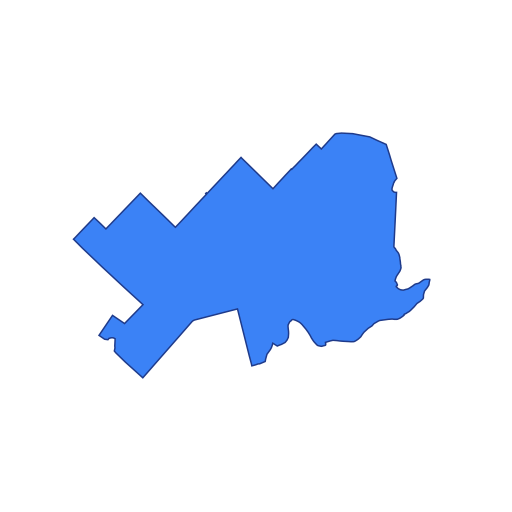 Ulmu, Calarasi, Romania (orthographic projection), rotated 211°
{"feature_id": "2599482B65281916384420", "entity_name": "Ulmu", "entity_type": "district", "adm_level": 2, "iso_a3": "ROU", "parent_name": "Romania", "parent_adm1": "Calarasi", "projection": "orthographic", "projection_center": [26.899, 44.303], "detail": "fine", "context": "isolated", "style": "filled", "palette": "blue", "viewbox_px": 512, "rotation_deg": 211, "n_neighbors": 0, "source": "geoboundaries", "source_scale": "gbopen_adm2", "svg_char_len": 4877}
<svg xmlns="http://www.w3.org/2000/svg" viewBox="0 0 512 512"><g transform="rotate(211 256 256)"><path d="M421.1,176.4L408.7,173.3L382.8,167.5L352.5,161.1L327.8,156.1L333.9,130.4L348.4,131.2L349.7,107.1L342.9,106.7L339.8,108.0L339.6,109.7L339.1,110.1L338.5,110.9L337.3,111.8L336.0,112.4L334.1,112.5L331.2,107.1L330.8,106.3L329.5,104.5L328.5,101.6L326.3,100.8L313.5,97.8L290.3,93.3L285.5,119.9L280.7,146.4L277.0,167.1L276.5,168.3L275.8,169.4L244.6,201.1L210.4,167.0L204.4,161.2L203.0,159.7L202.2,160.5L200.2,162.6L198.7,164.5L197.3,165.5L193.8,170.3L194.7,172.8L196.0,177.4L195.5,183.1L195.6,185.4L196.0,187.5L196.7,189.9L191.4,189.8L190.1,191.6L188.7,193.3L188.5,193.6L186.5,196.9L186.3,198.4L186.1,199.9L186.2,200.9L186.4,202.9L188.1,206.3L189.4,208.3L191.1,210.5L192.4,212.3L193.0,213.6L193.1,215.2L193.2,216.8L193.1,217.5L192.7,218.1L192.4,219.7L191.8,220.5L190.9,220.9L188.9,221.3L187.2,221.5L185.7,221.6L184.5,221.6L183.6,221.5L181.3,221.0L179.3,220.3L175.5,219.0L171.8,217.4L168.5,215.7L166.3,214.3L163.6,213.0L162.7,212.6L161.9,212.3L158.9,211.4L157.7,211.1L156.8,211.1L154.6,211.8L153.9,212.1L153.2,212.4L152.3,213.4L150.7,215.0L150.5,215.3L150.5,215.5L150.7,216.1L150.9,216.5L152.0,217.7L148.6,221.5L146.6,223.4L143.0,225.2L139.8,226.6L137.0,228.0L132.3,230.5L130.3,231.5L128.0,233.0L127.2,234.1L126.3,235.8L125.5,237.6L124.6,240.7L124.5,243.6L124.2,246.3L122.6,251.8L120.6,255.8L120.1,258.7L117.6,263.3L116.7,264.5L110.1,269.8L106.8,272.1L105.0,272.9L103.6,273.7L102.2,274.6L100.6,276.8L99.8,278.5L99.1,280.1L98.6,281.6L98.8,281.9L99.0,282.1L98.9,282.5L98.5,283.0L98.1,283.5L97.6,284.4L97.2,285.3L96.1,287.3L95.5,289.1L94.3,293.8L93.6,298.2L92.0,301.6L91.3,303.8L90.9,305.1L90.9,306.2L92.5,309.1L93.0,310.9L93.3,312.1L93.5,312.7L93.3,314.2L92.9,317.1L92.9,318.6L92.9,320.0L93.1,320.6L93.3,321.2L93.9,322.5L94.2,323.4L94.4,324.1L94.5,324.5L94.8,325.2L94.9,325.3L95.0,325.4L95.5,325.2L96.0,325.0L96.8,324.5L97.9,323.8L98.3,323.6L98.7,323.3L99.3,322.8L99.5,322.6L99.8,322.2L100.1,321.8L100.7,320.6L101.0,319.8L101.6,318.5L102.0,317.5L102.3,316.9L102.4,316.6L102.6,316.4L102.9,316.0L103.3,315.6L103.9,315.1L104.7,314.3L104.9,314.0L105.1,313.8L105.2,313.7L105.3,313.4L105.5,313.0L105.7,312.5L105.9,312.0L106.2,311.1L106.4,310.8L106.7,310.1L107.1,309.3L107.9,307.6L108.3,306.9L108.5,306.6L108.7,306.3L108.9,305.9L109.2,305.6L109.5,305.4L109.7,305.1L110.2,304.7L110.5,304.4L111.1,303.7L111.6,303.2L111.8,302.9L112.0,302.7L112.3,302.6L112.6,302.4L113.2,302.1L113.6,302.0L113.9,301.8L114.1,301.7L114.5,301.6L115.3,301.4L115.8,301.4L116.4,301.3L116.9,301.3L117.2,301.3L117.3,301.3L117.8,301.4L118.1,301.4L118.3,301.5L118.8,301.6L119.3,301.8L119.6,301.8L119.9,301.9L120.0,301.9L120.1,302.0L120.2,302.3L120.2,302.6L120.1,302.8L119.9,303.0L119.8,303.3L119.8,303.6L119.8,303.8L119.9,304.0L120.0,304.2L120.4,304.4L121.0,304.9L121.4,305.2L121.7,305.4L122.0,305.6L122.3,305.7L122.8,305.9L123.2,306.0L123.6,306.1L123.8,306.1L124.1,306.4L124.3,307.1L124.7,308.5L125.0,310.1L125.1,310.5L125.1,311.6L125.1,312.6L125.0,313.8L125.0,314.9L124.9,316.1L124.9,316.5L124.9,317.4L125.0,318.0L125.2,318.9L125.3,319.6L125.5,320.1L125.7,320.7L125.9,321.0L126.5,321.7L126.9,322.4L127.7,323.2L128.0,323.6L128.4,324.1L129.0,325.0L129.7,325.9L130.9,327.3L131.4,327.9L131.9,328.7L132.8,329.6L133.8,330.6L134.4,331.1L134.8,331.4L135.1,331.6L135.4,331.8L136.0,332.1L136.6,332.3L137.1,332.5L137.6,332.7L138.0,332.8L138.5,333.0L139.1,333.3L139.5,333.6L140.0,333.9L140.4,334.1L140.7,334.2L140.9,334.3L141.1,334.3L141.4,334.3L141.5,334.4L142.0,334.6L142.3,334.8L142.7,335.1L143.2,336.1L144.6,338.7L150.7,350.1L159.8,367.1L168.3,382.9L168.6,382.7L169.6,382.2L170.3,382.0L170.9,381.9L171.9,382.1L172.7,382.3L173.2,382.5L173.4,382.6L173.6,383.0L173.8,383.3L174.1,383.7L174.3,384.4L174.5,384.9L174.7,385.7L174.8,386.2L175.0,386.9L175.1,387.6L175.5,388.9L175.6,389.5L175.6,390.0L175.6,390.6L175.8,390.9L175.7,391.6L175.7,391.8L175.7,392.4L175.6,392.8L175.5,393.5L175.3,394.6L175.2,395.1L189.2,407.4L193.9,411.7L201.9,418.7L203.4,418.5L210.9,417.6L211.6,417.5L219.8,416.7L230.3,412.8L236.1,410.7L246.0,405.4L248.3,403.7L250.2,402.3L250.6,401.8L251.1,401.2L251.3,400.3L252.1,396.3L252.7,393.4L253.1,391.4L253.8,387.8L254.3,385.5L255.1,381.4L262.0,382.9L263.2,378.2L263.9,375.0L265.3,368.8L266.7,362.7L267.7,358.6L268.7,354.0L269.5,351.0L269.9,349.2L270.0,348.7L270.6,348.8L270.9,347.2L272.4,340.4L272.9,337.9L273.6,334.6L274.5,330.4L275.1,327.3L276.1,322.4L305.9,329.5L318.2,332.4L319.6,332.8L321.0,326.5L321.8,322.6L322.9,317.7L323.5,314.7L326.0,303.3L326.6,300.5L330.1,284.4L331.1,284.6L331.3,283.6L330.3,283.3L332.0,275.7L332.6,272.7L333.5,268.7L334.5,263.9L338.0,247.5L339.2,242.1L339.9,239.1L340.9,239.3L355.2,242.7L375.1,247.3L387.5,250.3L392.6,228.1L393.2,225.4L398.6,201.9L408.0,204.1L414.5,205.5L418.8,186.5L419.7,182.4L420.6,178.3L421.1,176.4Z" fill="#3b82f6" stroke="#1e3a8a" stroke-width="1.5"/></g></svg>